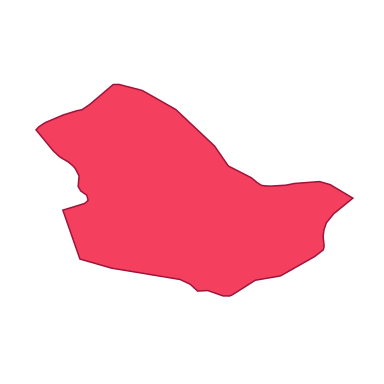 map outline of Sacatepéquez (Natural Earth projection), rotated 95°
{"feature_id": "GTM-1953", "entity_name": "Sacatepéquez", "entity_type": "Department", "adm_level": 1, "iso_a3": "GTM", "parent_name": "Guatemala", "parent_adm1": "", "projection": "natural_earth1", "projection_center": [-90.754, 14.591], "detail": "fine", "context": "isolated", "style": "filled", "palette": "rose", "viewbox_px": 384, "rotation_deg": 95, "n_neighbors": 0, "source": "natural_earth", "source_scale": "10m", "svg_char_len": 883}
<svg xmlns="http://www.w3.org/2000/svg" viewBox="0 0 384 384"><g transform="rotate(95 192 192)"><path d="M91.9,280.0L91.7,279.1L91.2,274.1L95.2,250.4L111.2,215.4L144.3,173.5L162.9,158.1L172.7,134.0L177.1,127.7L179.3,123.4L179.5,119.6L179.3,114.3L177.0,99.0L174.6,90.8L170.5,65.9L172.6,55.0L184.1,31.2L201.3,48.9L210.9,55.4L218.0,57.2L224.9,57.5L233.9,55.7L236.2,55.8L238.3,56.3L245.7,64.3L267.9,96.6L274.4,121.3L284.3,134.2L291.4,143.6L292.3,145.5L292.8,152.0L288.8,167.7L290.2,177.8L284.1,185.7L280.2,196.2L274.9,265.4L268.6,297.8L221.3,319.1L213.2,299.0L212.1,297.1L209.3,294.8L204.4,296.5L200.7,302.9L196.4,305.9L185.8,305.9L179.4,309.9L178.0,311.1L176.3,312.9L172.8,318.0L169.2,325.6L168.1,327.4L163.1,333.8L143.7,352.8L140.2,350.1L135.5,344.0L126.3,326.7L120.8,313.1L120.2,310.7L119.5,308.6L113.6,301.4L91.9,280.0Z" fill="#f43f5e" stroke="#9f1239" stroke-width="1.5"/></g></svg>